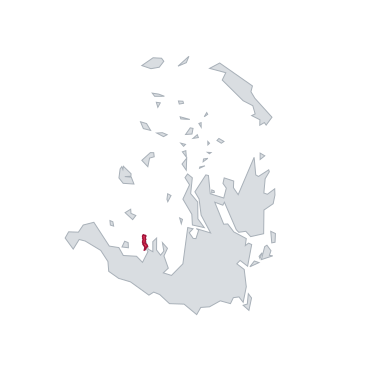 Agion Oros, Ayion Oros, Greece shown in context, rotated 220°
{"feature_id": "26713481B40019078264500", "entity_name": "Agion Oros", "entity_type": "district", "adm_level": 2, "iso_a3": "GRC", "parent_name": "Greece", "parent_adm1": "Ayion Oros", "projection": "albers", "projection_center": [24.188, 40.281], "detail": "fine", "context": "in_parent", "style": "filled", "palette": "rose", "viewbox_px": 384, "rotation_deg": 220, "n_neighbors": 0, "source": "geoboundaries", "source_scale": "gbopen_adm2", "svg_char_len": 5551}
<svg xmlns="http://www.w3.org/2000/svg" viewBox="0 0 384 384"><g transform="rotate(220 192 192)"><path d="M246.3,71.9L259.6,75.2L260.9,82.2L253.2,88.2L254.1,96.8L247.7,105.7L220.6,97.4L212.3,102.4L203.8,99.2L193.2,107.1L184.7,106.3L187.4,118.0L196.8,121.2L200.3,127.6L188.7,120.1L183.6,121.1L190.1,128.8L189.5,134.0L181.9,124.8L175.5,123.4L175.6,128.6L182.1,134.2L174.6,133.1L172.4,125.0L161.2,118.4L162.0,111.6L154.1,114.9L152.8,131.1L172.4,162.0L167.6,164.5L167.9,159.0L161.3,157.2L159.0,158.8L160.3,162.0L162.4,167.0L165.2,166.7L151.4,172.6L170.2,180.2L182.1,191.2L189.9,194.0L192.4,214.0L190.0,215.2L176.9,202.4L163.8,207.8L168.2,217.0L173.8,218.5L176.4,223.5L167.1,227.2L163.0,221.9L154.9,219.6L166.7,258.5L154.2,246.1L151.1,246.6L147.5,258.3L145.8,257.2L144.5,249.2L136.3,237.4L132.8,238.7L130.7,247.6L126.5,243.0L122.3,235.2L125.3,224.4L110.3,206.1L118.4,195.5L125.5,196.5L130.3,191.2L133.9,191.6L160.6,205.0L159.9,201.7L168.0,198.8L147.0,187.7L144.1,190.5L134.3,188.3L120.5,191.2L116.7,185.2L115.8,189.2L112.5,190.1L101.7,170.9L111.2,170.5L111.5,165.8L102.2,166.2L89.5,154.3L81.9,140.4L88.6,141.8L92.4,137.6L90.8,131.2L100.4,126.8L104.8,115.3L111.1,109.2L109.6,101.1L126.0,101.0L137.5,92.0L150.8,92.7L157.0,90.7L158.7,85.3L181.4,83.6L192.6,78.7L204.8,77.7L211.7,84.7L224.4,88.6L242.3,85.8L247.9,83.1L246.3,71.9ZM186.4,291.0L195.4,288.9L193.8,292.4L200.9,297.2L211.5,294.8L240.8,297.2L242.8,305.1L258.0,298.0L253.7,308.6L213.9,312.1L211.3,306.7L204.1,304.2L178.8,300.7L178.2,290.9L181.2,291.7L183.0,286.7L186.4,291.0ZM170.5,167.0L177.8,174.8L194.4,180.7L198.5,195.9L206.6,198.5L207.0,203.0L200.9,203.1L192.0,189.9L181.2,188.0L170.2,175.2L159.7,172.6L170.5,167.0ZM257.0,155.8L261.9,163.5L262.1,166.3L259.4,164.8L261.1,167.6L250.4,166.8L248.9,164.8L253.4,160.6L248.0,164.3L241.6,160.8L250.3,154.4L257.0,155.8ZM301.3,274.9L297.6,274.0L297.3,266.5L302.7,260.1L311.7,256.6L308.1,269.8L301.3,274.9ZM249.2,195.4L246.6,197.5L243.6,194.7L246.3,190.7L242.1,183.0L250.8,184.0L249.2,195.4ZM95.4,184.8L101.2,196.9L100.4,199.4L93.8,197.8L92.0,193.2L89.1,195.0L95.4,184.8ZM83.5,150.3L78.3,149.1L72.3,137.9L80.0,138.1L77.6,141.7L83.5,150.3ZM230.0,133.2L227.9,139.4L225.0,136.4L219.9,137.9L219.7,132.7L230.0,133.2ZM270.0,209.3L276.6,212.7L270.8,215.2L263.3,212.6L270.0,209.3ZM211.9,111.0L208.4,112.2L204.9,108.4L210.3,104.9L211.9,111.0ZM98.2,204.3L106.4,212.5L101.4,213.8L96.1,206.9L98.2,204.3ZM234.6,240.0L232.1,241.4L229.3,236.4L233.9,231.9L234.6,240.0ZM217.6,207.0L217.8,214.5L210.4,205.0L217.6,207.0ZM283.6,279.4L281.6,294.0L279.5,287.4L283.6,279.4ZM99.9,179.2L95.3,181.0L99.6,171.9L99.9,179.2ZM164.8,265.6L159.5,266.5L160.7,260.7L164.8,265.6ZM274.7,247.6L282.1,241.3L286.0,242.2L280.4,245.6L274.7,247.6ZM247.9,219.9L249.4,216.1L256.9,214.5L252.8,218.4L247.9,219.9ZM225.7,233.7L224.8,239.3L222.1,237.8L225.7,233.7ZM225.2,216.6L223.3,219.7L218.8,215.1L225.2,216.6ZM209.5,175.0L205.8,175.8L204.3,169.0L206.5,170.3L209.5,175.0ZM236.5,117.4L233.5,118.3L230.1,115.5L233.3,114.2L236.5,117.4ZM206.0,247.5L205.8,250.3L200.0,251.3L200.9,248.2L206.0,247.5ZM249.4,242.0L240.3,246.2L247.5,240.8L249.4,242.0ZM202.1,216.2L198.9,220.4L201.5,215.0L202.1,216.2ZM232.0,222.2L227.6,224.3L227.8,221.6L232.0,222.2ZM260.9,253.0L257.3,255.7L255.5,254.5L258.3,251.2L260.9,253.0ZM277.0,237.8L273.6,239.9L272.6,234.9L277.0,237.8ZM204.4,224.7L201.5,228.0L202.9,222.3L204.4,224.7ZM99.2,185.8L99.3,190.5L97.1,184.7L99.2,185.8ZM230.8,248.9L229.6,251.0L226.6,247.5L230.8,248.9ZM184.8,164.2L181.7,164.9L179.8,160.8L184.8,164.2ZM178.2,206.3L175.9,207.1L174.6,206.1L176.4,204.0L178.2,206.3ZM205.7,232.3L202.8,234.5L203.2,232.5L205.7,232.3ZM231.0,257.5L231.8,262.3L229.9,261.6L231.0,257.5ZM212.4,240.9L209.9,240.6L210.1,238.3L212.4,240.9Z" fill="#d9dde1" stroke="#a8b0b8" stroke-width="1"/><path d="M191.1,121.7L191.3,121.8L191.6,122.1L191.8,122.2L192.0,122.3L192.3,122.4L192.5,122.4L192.8,122.4L193.2,122.6L193.4,122.6L193.5,122.6L193.8,122.6L194.0,122.5L194.3,122.6L194.7,122.7L194.9,122.7L195.2,122.7L195.2,122.8L195.3,122.8L195.6,123.2L195.6,123.4L195.8,123.7L196.0,123.9L196.0,124.1L196.4,124.4L196.5,124.6L196.8,124.9L196.9,125.0L197.0,125.1L197.0,125.4L196.9,125.5L196.9,125.8L197.0,125.9L197.1,126.1L197.3,126.2L197.5,126.2L197.8,126.3L198.0,126.5L198.2,126.8L198.3,126.8L198.5,127.0L198.7,127.3L198.8,127.7L198.9,128.0L198.9,128.3L199.0,128.5L199.3,128.8L199.5,128.8L199.7,128.7L199.8,128.6L200.0,128.6L200.1,128.4L200.4,128.3L200.5,128.4L200.7,128.2L201.1,128.1L201.3,128.0L201.6,128.0L201.8,127.9L201.8,127.6L201.7,127.4L201.7,127.1L201.6,126.9L201.6,126.7L201.5,126.4L201.4,126.3L201.3,126.2L201.2,126.1L200.9,125.9L200.7,125.7L200.4,125.6L200.2,125.4L200.1,125.2L199.9,125.0L199.9,124.9L199.7,124.9L199.5,124.6L199.4,124.6L199.2,124.4L199.0,124.2L198.8,124.1L198.7,124.1L198.6,123.8L198.5,123.4L198.4,123.2L198.2,122.9L198.2,122.7L197.9,122.4L197.8,122.1L197.7,121.9L197.4,121.6L197.1,121.5L196.9,121.5L196.7,121.6L196.3,121.5L196.2,121.5L196.2,121.4L196.1,121.2L196.2,120.9L196.2,120.6L195.9,120.4L195.7,120.4L195.4,120.3L195.1,120.2L195.0,120.3L194.9,120.3L194.7,120.3L194.7,120.2L194.4,120.0L194.2,120.0L193.8,120.0L193.6,119.8L193.4,119.8L193.2,119.9L192.9,119.8L192.8,119.7L192.6,119.4L192.4,119.1L192.3,118.9L192.2,118.7L191.9,118.7L191.8,118.4L191.8,118.2L191.7,118.1L191.6,117.8L191.6,117.7L191.5,117.4L191.4,117.3L191.3,117.2L191.2,116.9L190.9,117.1L190.9,117.3L190.9,117.6L190.9,117.9L191.0,118.1L191.1,118.4L191.2,118.7L191.3,118.9L191.3,119.0L191.2,119.4L191.2,119.9L191.1,120.2L191.4,121.0L191.1,121.7Z" fill="#f43f5e" stroke="#9f1239" stroke-width="1.5"/></g></svg>